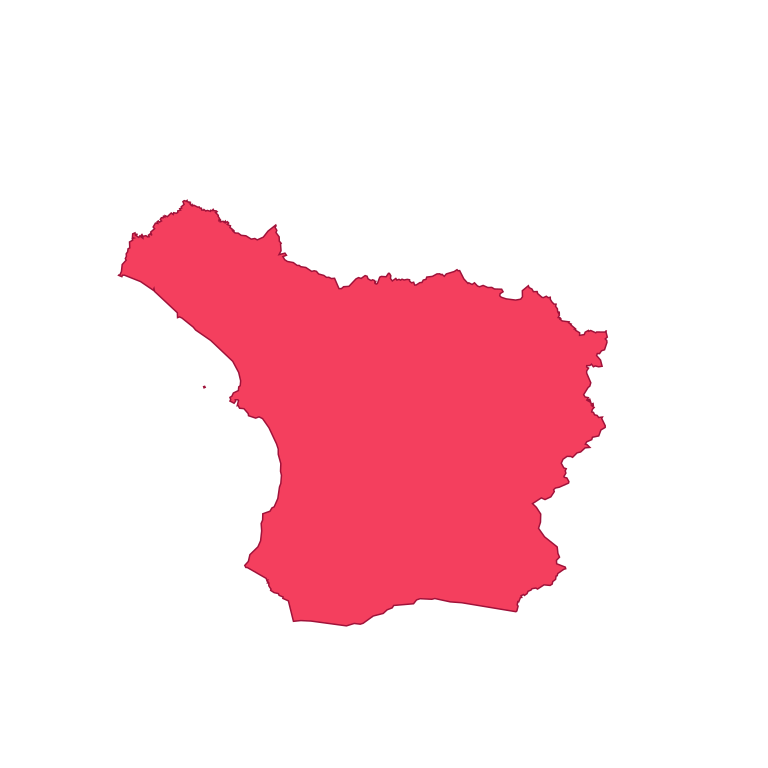 the district of Santa Elena, Santa Elena, Ecuador, rotated 327°
{"feature_id": "8360857B94997360470933", "entity_name": "Santa Elena", "entity_type": "district", "adm_level": 2, "iso_a3": "ECU", "parent_name": "Ecuador", "parent_adm1": "Santa Elena", "projection": "orthographic", "projection_center": [-80.568, -2.087], "detail": "fine", "context": "isolated", "style": "filled", "palette": "rose", "viewbox_px": 768, "rotation_deg": 327, "n_neighbors": 0, "source": "geoboundaries", "source_scale": "gbopen_adm2", "svg_char_len": 6172}
<svg xmlns="http://www.w3.org/2000/svg" viewBox="0 0 768 768"><g transform="rotate(327 384 384)"><path d="M562.8,389.9L559.6,387.9L559.8,384.9L558.2,382.2L558.6,380.2L550.8,381.1L547.6,386.3L544.8,387.3L540.1,385.3L532.9,379.2L529.6,375.1L529.1,373.0L530.6,371.5L534.1,371.5L534.3,368.6L528.4,364.5L527.0,361.7L523.6,359.6L520.8,355.3L517.1,354.5L515.8,352.8L515.0,348.4L512.1,348.5L510.2,345.3L509.2,345.4L508.2,339.3L509.2,330.1L507.8,329.4L507.5,327.9L504.1,327.9L496.2,325.6L493.2,326.5L492.4,323.6L491.4,323.5L490.8,322.0L488.4,320.5L483.2,320.1L478.1,317.6L476.2,319.1L473.6,318.2L471.1,319.5L469.3,318.5L465.0,318.5L463.6,317.7L464.3,314.8L462.2,314.1L461.5,311.8L462.2,310.5L460.5,308.9L457.5,307.7L456.2,305.9L454.4,305.9L453.6,304.4L451.4,303.9L451.4,301.9L447.1,302.1L446.9,299.0L448.7,296.9L448.8,294.2L448.0,293.6L444.2,295.2L440.3,292.3L438.6,292.1L433.2,296.1L432.0,296.0L431.3,294.9L432.6,293.8L431.7,293.7L432.5,292.2L431.2,290.4L429.5,290.2L427.9,287.1L428.5,284.4L427.2,282.8L422.3,283.0L420.6,280.9L417.7,280.6L407.8,283.0L403.1,280.4L400.3,280.8L398.2,279.5L400.1,268.4L397.3,266.9L395.9,264.5L393.8,263.2L392.7,260.2L389.1,256.1L388.7,252.7L387.1,251.0L384.7,250.2L381.9,243.7L378.0,240.2L377.6,238.5L375.7,237.2L374.1,232.8L369.7,228.6L368.4,225.6L368.6,222.1L372.3,222.9L372.2,220.3L366.4,218.3L370.2,216.2L373.5,210.2L374.4,210.0L374.0,207.2L376.2,203.5L375.9,198.1L377.8,196.8L378.0,193.1L379.6,192.6L379.8,191.7L370.0,192.6L362.8,195.1L356.2,194.1L354.9,191.6L351.6,190.2L348.9,184.5L345.2,181.5L343.9,178.1L341.4,176.3L340.7,173.9L341.6,173.9L341.5,172.8L340.6,172.4L341.0,171.0L340.0,168.9L341.4,167.7L339.5,164.9L341.4,164.4L341.0,162.5L338.8,162.4L339.5,161.0L338.0,161.2L337.7,159.9L335.1,158.9L335.9,157.8L334.9,157.5L335.8,156.9L335.0,156.5L336.2,155.7L336.2,153.0L336.9,152.3L336.1,148.5L337.9,148.6L337.6,147.5L335.7,145.9L335.8,144.5L334.2,145.0L333.2,143.9L332.4,144.6L330.4,142.2L328.7,141.8L328.0,139.6L327.3,139.9L325.9,138.8L326.6,137.1L325.5,136.4L325.4,134.8L324.2,134.4L321.9,130.5L320.7,130.5L320.8,129.0L319.7,129.4L319.4,127.6L320.2,126.9L319.5,126.0L320.2,125.8L318.3,124.0L318.8,122.8L317.6,122.9L316.3,121.4L314.7,121.5L314.1,124.5L310.5,124.9L310.1,126.3L308.2,125.7L308.1,127.4L305.3,126.5L304.5,127.8L302.8,127.7L300.9,125.8L299.5,127.0L298.7,124.7L293.4,125.7L292.0,123.5L291.1,124.6L290.4,123.2L289.2,124.3L287.9,123.3L286.0,124.1L286.2,126.1L283.7,125.9L283.5,124.3L281.9,124.5L281.7,126.1L279.9,124.6L275.9,126.6L276.2,128.8L271.1,129.5L270.2,132.9L269.7,130.7L267.5,130.9L267.2,132.5L265.8,131.8L265.1,129.9L262.3,128.9L262.4,126.8L261.3,127.1L262.0,129.3L261.2,130.5L259.8,126.8L258.2,127.5L257.6,126.4L257.1,124.4L259.0,123.7L256.6,123.8L257.5,121.6L255.0,121.2L252.8,124.1L253.8,125.4L252.1,124.9L251.5,126.5L247.9,126.3L244.9,131.4L243.0,131.2L241.0,133.5L238.7,134.4L237.5,136.6L235.3,138.0L235.2,139.7L229.5,141.2L225.1,146.6L222.2,148.5L221.2,148.6L221.0,148.2L220.6,148.3L222.6,151.2L223.9,150.3L225.6,151.4L235.6,165.5L241.8,180.3L242.3,179.1L243.1,178.6L242.0,181.4L249.5,211.7L247.0,215.9L249.1,216.4L250.5,218.7L255.0,232.4L255.4,236.1L262.4,253.1L269.5,282.6L268.4,295.2L265.5,303.3L262.5,307.1L260.6,307.3L258.3,310.2L252.8,309.5L249.7,311.4L247.5,311.3L247.0,313.5L245.5,314.4L247.8,318.5L250.2,317.6L250.7,316.2L252.8,317.6L253.0,318.6L249.1,322.2L249.9,322.5L249.7,325.7L253.1,328.4L254.0,334.9L253.1,336.8L257.8,342.7L261.3,343.5L263.3,346.9L263.7,358.0L261.3,375.5L259.9,380.9L257.0,385.4L254.1,394.6L249.7,400.8L248.3,404.7L243.3,411.2L240.3,413.4L232.6,422.2L225.0,427.2L222.5,426.9L219.1,428.6L211.7,426.8L208.1,432.0L205.0,434.1L201.4,440.6L195.1,448.3L189.6,451.9L178.6,454.1L173.6,458.9L168.4,460.3L168.2,462.6L169.4,463.5L179.3,482.8L178.9,484.6L179.6,485.1L178.6,485.4L179.0,487.2L178.0,487.4L178.9,488.4L177.5,490.5L177.5,494.5L176.5,495.3L178.2,499.1L181.3,502.3L180.9,504.1L183.4,507.7L182.4,508.7L185.7,513.8L178.8,533.7L185.4,537.1L193.6,543.0L220.8,566.4L228.6,568.6L233.3,572.5L236.2,573.3L248.6,572.7L258.4,576.0L263.7,575.1L269.0,576.2L271.5,575.0L289.1,584.4L293.7,582.8L297.3,583.7L306.9,590.6L309.8,591.6L320.9,602.8L330.1,609.8L370.6,646.8L371.8,646.7L375.5,643.3L375.4,641.8L377.7,639.4L378.3,640.1L382.1,637.4L383.3,638.0L383.7,636.2L386.4,636.6L386.6,637.8L389.8,637.7L391.9,636.3L395.0,636.9L396.7,636.3L400.2,637.8L401.1,639.6L408.8,639.6L413.6,643.4L416.1,643.4L417.9,641.6L421.5,641.3L423.7,638.8L424.9,639.1L426.4,637.6L433.8,637.3L435.8,637.9L436.3,636.3L430.9,628.8L432.6,625.8L436.9,624.8L437.6,620.8L440.5,615.0L435.4,599.6L435.0,589.2L440.0,585.1L444.6,578.4L444.6,570.4L443.4,565.2L453.9,565.2L456.1,568.6L462.5,569.5L468.2,567.0L468.7,565.0L471.1,564.6L474.7,566.0L484.8,567.6L485.9,566.6L486.2,562.4L484.4,560.4L484.6,559.5L488.0,557.8L488.7,555.5L490.7,554.3L489.1,552.3L489.5,547.0L493.2,544.6L498.1,544.4L501.2,546.5L502.2,548.2L508.4,546.9L511.9,548.1L517.9,547.1L522.1,549.3L521.3,545.5L520.1,544.1L522.5,542.9L527.9,543.8L529.8,542.2L535.8,544.5L540.9,540.7L545.8,540.9L546.8,539.5L547.8,531.5L549.2,530.7L545.8,529.0L545.6,526.4L543.8,524.5L544.2,521.9L543.0,520.5L544.9,518.8L547.5,518.1L546.5,515.5L547.9,515.9L548.7,514.2L546.9,513.8L548.3,508.8L547.1,508.6L546.6,510.5L545.3,508.0L547.9,506.7L545.6,504.5L545.6,501.7L553.3,498.1L555.4,497.9L558.1,495.6L559.9,485.2L561.1,483.4L564.2,482.1L563.2,480.1L564.0,479.0L566.7,480.6L568.8,480.4L569.0,483.6L571.0,483.9L573.4,486.5L576.6,487.9L578.6,481.9L577.8,475.9L579.5,474.6L581.3,475.9L584.5,474.6L587.6,475.4L593.6,470.6L594.5,468.9L594.1,466.7L596.8,466.3L598.6,461.0L599.8,460.3L597.6,460.8L590.6,456.2L589.5,456.4L586.5,451.7L584.5,451.4L584.6,450.4L581.0,450.1L578.8,451.6L574.5,449.7L576.0,447.6L573.9,443.3L574.5,442.6L573.8,441.8L574.6,441.8L572.8,435.9L573.6,435.7L572.2,433.2L573.1,432.7L567.8,428.2L566.9,425.4L567.8,425.5L567.7,424.3L566.3,423.1L568.7,421.7L568.9,419.8L569.5,420.2L570.1,419.2L569.0,418.0L570.4,415.3L570.2,412.3L571.8,410.8L570.1,409.6L569.5,406.5L569.6,403.6L570.7,401.8L568.7,401.0L567.9,398.8L564.8,398.4L563.7,397.4L562.1,391.8L562.8,389.9ZM232.2,289.4L232.3,288.3L231.3,288.0L231.0,289.2L232.2,289.4Z" fill="#f43f5e" stroke="#9f1239" stroke-width="1.5"/></g></svg>